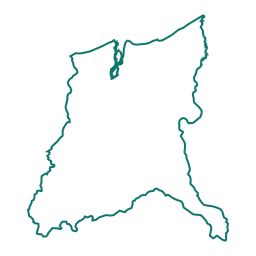 outline of Esmeraldas, Esmeraldas, Ecuador
{"feature_id": "8360857B50260374474946", "entity_name": "Esmeraldas", "entity_type": "district", "adm_level": 2, "iso_a3": "ECU", "parent_name": "Ecuador", "parent_adm1": "Esmeraldas", "projection": "albers", "projection_center": [-79.613, 0.807], "detail": "fine", "context": "isolated", "style": "outline", "palette": "teal", "viewbox_px": 256, "rotation_deg": 0, "n_neighbors": 0, "source": "geoboundaries", "source_scale": "gbopen_adm2", "svg_char_len": 5718}
<svg xmlns="http://www.w3.org/2000/svg" viewBox="0 0 256 256"><path d="M28.0,209.8L29.2,216.2L31.5,217.6L33.1,219.7L33.7,221.3L33.2,221.9L34.8,223.3L37.5,223.5L38.4,223.9L38.6,227.0L37.4,230.4L36.9,233.6L37.9,234.1L41.2,234.2L43.2,236.5L46.2,236.4L47.3,235.3L48.3,233.0L52.4,228.1L55.9,228.4L57.2,228.2L59.8,229.2L61.3,228.6L61.5,228.3L60.4,227.0L59.9,225.8L61.4,222.7L62.8,221.7L66.3,221.7L67.3,224.0L69.2,224.1L70.8,225.7L71.3,226.7L71.6,228.8L72.8,230.6L76.2,231.2L77.2,229.8L77.0,228.9L75.5,226.7L75.6,225.3L76.4,223.7L79.4,220.8L80.9,220.6L84.2,218.0L84.9,216.5L87.0,217.4L89.0,217.0L90.2,216.0L92.2,216.3L92.9,217.6L92.3,220.3L93.4,220.5L96.1,219.7L99.7,217.2L104.8,215.5L106.3,215.1L110.5,215.6L113.6,215.1L119.6,210.7L124.9,212.2L127.5,209.6L131.3,208.1L131.8,207.3L132.5,204.7L132.7,202.6L132.5,201.7L133.3,201.0L135.0,200.5L135.8,198.9L139.3,197.2L140.8,195.7L143.6,194.8L145.2,195.2L147.5,192.7L149.0,191.6L153.7,190.7L154.7,189.1L156.1,188.6L157.7,189.0L159.3,190.3L161.8,191.0L163.7,192.7L165.6,195.5L166.3,195.6L167.3,194.8L168.5,195.0L171.5,197.2L175.1,199.2L181.3,201.5L182.1,202.4L183.1,204.6L183.6,207.4L193.3,214.4L200.2,215.0L202.2,216.2L206.4,221.2L207.3,223.4L210.2,225.0L211.2,227.1L211.3,228.5L209.9,235.6L210.1,236.2L211.4,236.7L212.9,238.2L213.7,238.3L216.3,235.9L217.0,235.7L222.7,239.9L225.3,240.6L225.8,240.1L226.3,238.4L225.9,236.3L226.4,234.6L225.9,233.4L228.0,230.9L227.3,227.3L227.9,223.7L227.6,223.0L226.1,222.1L226.8,220.5L226.8,219.2L223.9,217.3L222.4,211.9L221.1,209.7L218.2,208.1L213.0,206.4L205.6,205.3L203.7,204.7L202.2,203.1L199.5,199.5L198.2,196.8L197.2,195.6L197.9,195.3L197.8,193.0L195.1,190.1L193.9,187.3L190.4,183.8L190.7,180.0L190.3,177.4L189.6,175.9L188.0,174.2L189.7,170.4L189.9,169.1L188.6,163.7L186.5,158.1L186.3,155.2L184.6,152.8L184.6,149.9L185.1,148.1L184.9,143.5L183.5,140.5L180.8,136.1L183.0,132.2L182.5,131.3L179.7,130.0L179.3,128.7L179.2,122.3L179.8,120.3L181.2,118.8L183.2,118.1L184.9,118.5L186.6,119.7L187.8,122.3L188.9,123.3L192.7,122.9L193.7,122.4L200.2,117.2L201.6,113.7L201.6,110.9L201.1,109.8L198.9,107.0L194.3,102.7L193.8,101.3L193.6,97.9L192.8,94.8L193.4,92.3L194.9,91.7L195.8,90.8L195.8,89.9L195.1,88.8L195.5,86.4L197.0,85.5L197.2,84.7L196.3,82.4L194.4,80.7L194.0,77.4L196.2,73.1L196.4,70.9L197.0,69.5L197.9,68.6L198.9,68.3L199.2,67.7L200.8,66.4L201.6,64.5L200.9,64.0L201.2,63.5L201.3,60.2L201.9,59.8L201.9,59.3L202.6,59.3L202.8,59.6L203.0,59.2L203.5,59.3L203.5,58.2L204.2,58.6L205.7,58.1L206.1,56.9L205.5,56.7L205.6,56.1L205.9,55.4L206.3,55.5L206.4,54.3L206.8,54.3L206.4,53.9L206.5,53.1L205.4,52.7L205.6,50.3L205.2,49.8L205.9,50.1L206.3,49.8L206.9,47.9L206.4,47.4L206.8,46.6L206.2,46.0L205.7,46.4L205.8,45.8L205.5,45.7L206.0,44.5L205.4,44.5L205.9,43.8L205.1,42.9L205.1,42.2L204.6,42.0L204.6,41.4L205.3,41.0L205.1,38.5L205.4,38.1L204.5,37.5L204.4,36.9L203.4,35.9L203.3,34.4L202.7,33.2L203.2,32.5L202.8,30.7L201.5,28.2L200.8,27.5L200.8,26.5L202.3,24.6L202.0,23.6L202.3,23.5L202.4,22.7L201.8,22.9L201.6,22.2L202.0,21.7L201.1,21.2L202.3,20.7L201.4,20.4L201.8,19.8L201.9,18.6L202.9,18.2L203.0,17.5L203.8,17.2L203.7,16.3L204.1,16.3L203.9,15.8L203.0,15.4L187.9,24.5L183.4,27.8L180.5,28.9L179.9,29.8L180.1,29.1L178.7,29.6L172.0,34.8L164.1,39.5L161.5,40.5L159.0,40.7L158.2,40.5L157.5,39.8L156.9,40.6L157.1,39.7L153.2,40.9L148.9,43.0L146.3,43.7L137.5,44.6L134.2,44.4L131.8,43.2L130.3,41.6L127.9,40.6L127.0,40.8L125.5,42.6L123.9,48.6L123.4,56.0L122.2,58.3L122.3,63.1L120.6,64.4L119.0,64.3L118.3,64.6L117.2,65.8L117.3,66.7L118.3,68.8L117.2,73.0L117.4,74.2L117.9,75.2L118.2,75.8L117.1,74.6L116.7,75.7L116.0,76.4L112.1,78.7L111.5,78.8L111.5,76.5L110.7,74.9L110.7,71.6L111.3,68.9L114.1,67.0L115.0,65.4L115.5,63.8L115.7,61.7L114.5,58.3L114.8,54.4L115.7,52.8L115.3,50.5L115.9,51.2L115.3,49.7L114.4,48.8L114.2,48.0L114.8,47.1L117.7,45.1L117.9,43.6L117.6,42.4L116.9,45.1L116.3,45.5L115.7,43.4L116.7,42.3L116.7,41.6L115.3,42.1L113.9,40.1L111.6,42.0L110.1,42.2L100.9,46.8L89.8,51.5L82.0,53.2L78.9,53.5L75.8,53.2L70.4,56.2L71.7,57.5L72.5,59.0L72.0,60.0L72.4,61.5L73.0,62.2L73.7,65.9L75.0,68.0L76.5,69.2L77.5,72.1L76.5,73.6L72.9,76.1L72.0,77.7L69.8,79.0L68.4,81.2L68.0,82.6L68.4,84.9L70.6,87.9L71.3,90.4L70.5,92.8L68.5,93.7L67.4,96.0L67.4,99.5L66.8,101.1L66.9,102.0L65.9,104.9L65.6,107.6L66.5,110.5L68.1,113.9L67.6,115.8L68.1,116.6L68.0,117.8L69.2,118.7L69.6,119.9L69.7,122.2L67.9,122.1L66.5,123.2L63.5,128.1L62.6,131.2L62.7,134.6L62.5,136.0L60.3,137.8L57.2,141.6L52.6,145.8L51.5,147.2L51.7,148.7L51.3,149.1L47.6,151.5L48.7,151.7L49.6,152.8L49.4,153.9L47.3,156.0L47.5,156.6L48.6,157.5L48.1,159.2L51.2,161.3L50.9,162.4L51.5,164.5L54.1,164.8L54.4,165.7L54.1,166.4L53.3,166.9L50.1,167.3L49.7,168.6L50.4,170.0L50.2,170.7L48.2,171.9L47.0,174.4L45.9,173.6L45.3,173.7L41.6,176.2L41.4,182.7L40.4,185.6L40.8,186.9L41.7,187.8L41.5,191.1L38.8,190.6L37.2,190.9L36.7,193.3L34.6,194.6L34.3,198.1L33.5,200.0L31.8,200.8L31.4,203.3L29.5,206.9L29.3,209.0L28.0,209.8ZM121.3,57.8L121.9,55.3L121.1,54.3L121.2,53.2L120.0,51.7L118.5,50.9L118.4,50.3L116.5,52.2L116.6,53.6L115.4,55.4L114.9,57.1L115.0,57.8L115.8,58.0L116.6,59.3L115.8,64.7L119.6,61.8L120.5,60.6L120.7,58.6L121.3,57.8ZM113.4,77.8L116.9,75.0L116.9,72.7L117.8,69.5L116.4,66.1L115.7,66.8L114.2,69.8L111.8,72.5L111.9,74.3L113.4,77.8ZM116.1,61.8L116.3,59.4L114.9,58.2L114.9,59.2L116.1,61.8ZM116.0,50.7L115.8,48.9L114.8,47.6L114.4,47.9L114.6,48.9L115.4,49.7L116.0,50.7ZM112.4,70.4L113.4,69.4L114.8,67.4L112.8,68.7L112.4,70.4ZM115.9,48.6L116.2,47.8L116.4,46.8L115.1,47.4L115.9,48.6ZM121.5,62.0L121.8,60.7L121.1,62.3L121.5,62.0ZM115.9,52.8L116.0,51.8L115.5,51.2L115.7,51.6L115.9,52.8ZM114.9,54.9L115.1,54.5L115.6,54.1L115.0,54.4L114.9,54.9ZM115.1,54.1L115.7,53.8L115.8,53.3L115.1,54.1Z" fill="none" stroke="#0f766e" stroke-width="2"/></svg>